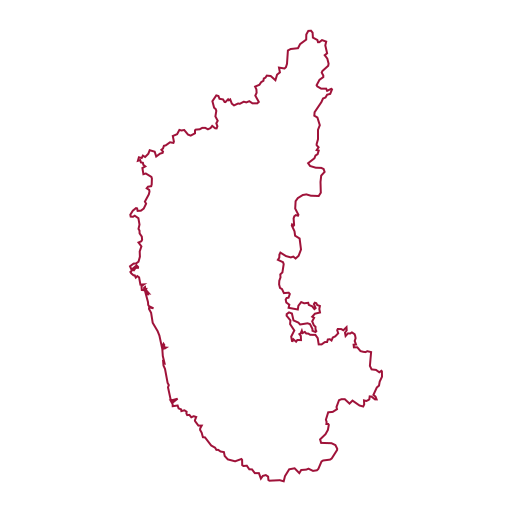 SVG path tracing the border of Karnataka
{"feature_id": "IND-2446", "entity_name": "Karnataka", "entity_type": "State", "adm_level": 1, "iso_a3": "IND", "parent_name": "India", "parent_adm1": "", "projection": "natural_earth1", "projection_center": [76.378, 15.043], "detail": "fine", "context": "isolated", "style": "outline", "palette": "rose", "viewbox_px": 512, "rotation_deg": 0, "n_neighbors": 0, "source": "natural_earth", "source_scale": "10m", "svg_char_len": 6066}
<svg xmlns="http://www.w3.org/2000/svg" viewBox="0 0 512 512"><path d="M172.7,406.2L172.6,404.1L171.1,401.4L173.0,402.3L177.6,398.7L172.5,400.1L170.7,399.8L168.0,387.3L168.8,385.1L167.6,382.9L165.0,368.9L163.5,365.6L163.0,359.8L163.8,363.3L164.6,363.5L162.8,356.0L162.3,349.0L162.8,349.2L163.1,348.1L164.7,348.5L166.1,347.6L164.9,347.5L163.5,345.5L164.2,344.9L163.5,343.8L161.9,347.2L159.4,335.6L157.6,331.1L152.7,322.8L151.1,312.8L149.0,308.9L149.2,307.4L153.5,308.3L148.9,306.1L148.2,304.9L148.0,302.1L144.7,289.8L146.7,294.3L147.8,294.3L147.4,293.2L148.9,293.4L145.8,289.8L146.2,288.9L145.0,288.9L145.0,287.1L144.2,287.6L143.9,290.2L141.8,290.0L141.5,286.1L143.9,284.4L140.4,284.6L139.1,277.4L137.3,276.1L135.8,277.6L134.7,275.3L133.5,275.3L131.2,273.3L130.0,271.3L131.0,271.9L132.2,269.6L133.9,270.3L135.6,267.9L138.0,267.8L138.1,267.0L136.6,265.4L132.8,268.6L131.2,269.0L130.0,266.3L133.6,263.6L136.0,263.5L138.5,261.7L139.9,256.7L139.7,251.4L141.4,246.4L138.5,242.5L141.3,241.3L142.1,239.8L141.8,236.6L139.6,233.4L139.5,230.6L138.5,228.9L139.5,224.6L138.4,218.2L134.7,215.7L133.0,216.8L130.7,216.6L130.3,214.7L132.8,210.7L136.0,208.1L137.1,208.4L137.6,210.9L140.9,210.7L143.7,208.6L146.1,203.7L144.9,201.6L148.8,194.4L149.5,191.6L149.2,189.9L146.7,188.3L148.0,186.7L151.2,186.2L151.7,184.4L151.9,178.5L151.4,176.9L145.8,173.5L143.4,174.2L142.4,168.0L145.3,166.4L143.3,164.8L142.9,162.8L140.9,162.4L140.2,160.1L137.9,160.8L138.9,157.3L141.7,158.0L142.9,155.6L145.1,157.0L148.3,153.8L149.7,150.2L154.7,151.7L156.2,156.5L160.1,153.6L162.6,152.9L163.0,151.6L161.4,149.8L163.0,148.5L163.9,145.8L165.7,145.4L170.0,142.3L173.4,142.9L173.9,141.6L172.8,136.0L177.1,134.2L179.4,129.9L181.4,130.5L184.2,130.0L188.0,134.6L190.7,135.6L195.0,133.3L195.0,130.3L195.8,129.6L199.7,129.3L202.2,127.9L205.3,127.9L207.9,129.3L210.5,128.1L212.2,125.9L215.2,128.3L216.6,128.4L217.4,126.2L216.3,123.3L217.7,120.8L215.4,116.4L216.3,110.9L215.7,109.1L214.1,107.7L212.4,101.2L216.3,95.4L218.4,96.0L219.5,98.8L223.0,99.4L224.6,102.0L225.4,102.1L228.1,99.3L228.9,100.3L230.2,99.4L231.8,103.6L234.0,105.4L238.1,103.5L239.8,103.8L243.8,101.7L246.3,102.4L249.3,101.2L252.4,103.3L257.3,103.3L258.8,101.9L255.3,95.6L256.6,92.8L256.4,89.4L255.1,86.6L259.4,84.8L261.2,82.1L263.4,80.8L263.8,78.5L265.4,77.7L266.8,75.6L270.7,76.0L275.4,80.2L277.1,74.6L279.9,72.4L279.0,67.6L284.5,68.5L285.9,67.2L287.0,63.8L287.9,50.5L290.7,49.0L298.0,48.2L300.1,44.1L306.2,39.6L306.3,34.5L308.3,30.9L311.0,30.7L312.6,32.7L312.9,37.6L317.4,40.0L318.0,42.2L319.3,42.2L322.0,40.1L326.2,41.6L325.3,45.4L327.1,53.3L324.7,55.2L327.3,58.6L328.6,63.7L328.2,65.8L322.4,71.0L321.7,72.6L323.3,75.5L323.3,77.1L319.5,79.8L316.6,85.2L317.3,86.4L321.2,88.7L326.2,88.7L327.1,90.8L331.3,88.8L332.0,89.4L330.2,93.9L327.1,94.7L325.5,97.5L323.0,98.5L321.4,102.1L314.6,112.2L314.3,115.7L317.4,117.5L319.8,125.2L318.0,129.8L318.0,139.2L316.6,144.2L316.7,145.3L318.6,147.3L316.7,150.1L318.7,150.6L317.6,154.2L315.5,155.5L314.4,158.3L308.1,163.2L310.1,166.0L315.7,167.7L321.3,167.9L323.6,169.0L324.6,171.9L321.2,175.6L320.5,182.0L320.8,192.7L318.7,196.0L310.8,195.7L306.4,194.4L302.8,195.0L297.8,198.1L295.6,201.2L295.2,208.6L298.4,214.8L298.0,215.7L295.8,215.1L294.3,216.3L293.6,218.4L294.1,225.1L293.7,225.6L292.1,224.4L291.8,225.5L294.5,231.3L295.1,235.7L299.6,238.5L301.0,249.5L298.6,255.8L295.6,258.5L293.3,256.6L290.8,257.4L286.0,256.1L280.4,252.6L279.4,254.6L279.3,257.6L277.9,259.8L283.0,262.2L283.7,264.1L282.4,272.4L280.3,274.4L280.5,277.4L279.3,280.7L279.1,284.4L280.0,287.9L282.0,289.1L283.9,293.1L288.7,292.7L289.8,294.0L288.5,297.7L286.6,298.0L285.7,299.6L286.3,302.5L289.3,304.7L288.6,307.8L297.8,309.5L298.4,305.7L301.2,302.1L304.2,303.3L308.2,302.8L308.8,304.9L312.2,306.3L314.4,309.1L315.6,308.1L313.9,304.1L314.8,302.7L316.3,303.2L317.2,305.0L319.9,306.0L319.3,309.0L320.0,312.5L314.9,313.7L312.2,316.7L314.1,317.8L312.2,321.3L313.8,325.2L315.5,326.8L315.5,329.2L316.3,331.2L315.5,332.0L312.5,330.8L312.4,328.8L310.0,324.1L307.5,323.3L300.1,324.5L298.4,322.6L293.5,320.4L291.9,313.5L289.0,312.4L286.7,314.1L286.6,315.7L290.4,320.4L290.1,324.1L294.3,330.5L291.2,336.6L292.0,341.0L292.6,341.1L293.4,339.3L296.1,341.7L297.3,340.0L301.0,340.1L300.8,335.9L299.4,334.1L300.7,333.3L301.8,330.7L302.5,333.1L304.8,331.9L306.2,333.5L308.3,333.6L310.2,334.8L315.4,334.9L317.7,338.1L318.7,344.4L321.6,344.4L324.8,342.1L327.1,342.0L327.8,339.5L329.8,339.2L331.5,340.5L332.8,337.5L335.2,336.4L338.2,333.3L337.2,330.2L337.8,329.0L341.3,329.1L343.3,330.3L346.5,327.2L346.7,330.3L345.0,332.7L345.6,336.0L347.9,333.4L350.2,333.5L351.9,332.4L354.6,334.2L355.2,336.0L355.6,338.2L354.7,341.0L356.0,344.5L353.6,344.7L353.9,347.3L357.3,347.3L360.5,351.1L363.2,351.8L365.5,352.1L367.3,351.2L371.1,352.1L369.9,365.9L371.6,369.4L376.0,369.9L379.3,372.3L381.4,370.8L381.9,371.4L382.0,376.7L379.7,381.6L379.0,385.6L376.8,387.5L373.4,394.9L375.5,396.6L376.6,399.4L375.0,399.4L371.5,396.6L369.7,396.4L369.3,399.3L368.6,399.9L366.3,401.0L364.0,400.4L364.2,404.4L363.2,406.5L359.5,405.5L352.5,400.6L349.5,403.6L344.8,399.2L341.5,399.2L339.0,400.2L336.5,407.0L337.0,409.2L332.7,411.9L328.2,412.3L325.9,419.7L326.6,421.9L326.4,424.0L328.2,424.0L328.8,424.9L327.9,429.9L325.5,434.2L320.1,439.4L321.1,442.9L331.5,443.2L335.4,445.1L337.2,448.7L337.1,450.0L331.7,458.5L330.1,459.6L323.1,460.5L321.5,461.5L318.3,469.0L316.9,470.3L313.0,470.9L308.5,468.7L306.3,469.6L301.2,470.0L299.3,473.1L294.6,468.3L289.2,469.3L285.0,476.1L283.7,481.3L279.8,480.2L269.4,480.7L268.4,480.0L268.1,476.6L265.8,475.1L262.8,475.9L260.9,478.6L258.9,473.1L254.8,473.1L252.0,469.4L249.3,469.3L246.8,465.7L243.4,466.0L242.2,465.1L242.1,459.9L241.4,459.0L235.1,461.3L227.8,459.4L224.7,456.0L223.9,452.1L220.5,451.5L218.3,449.9L216.4,449.9L215.1,447.7L211.2,445.5L205.0,437.4L202.9,437.2L201.7,432.8L200.1,429.9L200.2,428.4L201.7,425.6L198.4,425.6L195.1,421.2L194.9,420.3L196.2,417.0L193.7,416.2L191.3,417.3L189.4,414.9L187.2,415.1L186.4,413.5L186.6,411.7L184.4,410.3L181.4,411.1L181.1,409.4L178.6,408.4L177.6,405.5L172.7,406.2Z" fill="none" stroke="#9f1239" stroke-width="2"/></svg>